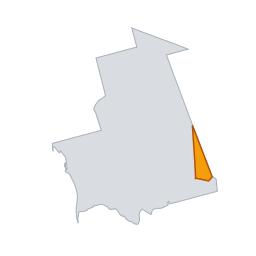 N'beiket Lehouach, Hodh ech Chargui, Mauritania shown in context, rotated 345°
{"feature_id": "47542326B78705057775708", "entity_name": "N'beiket Lehouach", "entity_type": "district", "adm_level": 2, "iso_a3": "MRT", "parent_name": "Mauritania", "parent_adm1": "Hodh ech Chargui", "projection": "natural_earth1", "projection_center": [-6.344, 18.2], "detail": "fine", "context": "in_parent", "style": "filled", "palette": "amber", "viewbox_px": 256, "rotation_deg": 345, "n_neighbors": 0, "source": "geoboundaries", "source_scale": "gbopen_adm2", "svg_char_len": 3397}
<svg xmlns="http://www.w3.org/2000/svg" viewBox="0 0 256 256"><g transform="rotate(345 128 128)"><path d="M110.1,222.6L109.8,222.5L108.5,221.4L107.8,220.1L106.7,219.1L105.2,218.5L104.3,217.7L103.8,216.9L103.3,216.3L102.7,216.0L102.6,215.7L102.8,215.3L102.6,214.5L101.8,212.8L100.9,212.0L100.2,212.2L99.8,211.9L99.6,211.6L99.5,211.0L99.0,210.5L98.2,210.3L97.6,209.1L97.1,206.7L96.4,204.9L95.6,203.6L95.1,203.1L94.6,203.0L94.5,202.8L94.4,202.4L93.8,202.3L92.9,202.7L92.1,202.6L91.7,201.9L91.2,201.9L90.5,202.4L89.7,202.2L88.9,201.4L88.4,200.6L88.4,199.8L86.9,198.1L84.2,195.7L81.2,194.5L77.9,194.7L76.1,194.6L75.7,194.2L75.3,194.2L74.9,194.6L74.4,194.7L74.0,194.5L73.7,194.7L73.6,195.3L72.4,195.6L70.2,195.6L68.4,196.0L67.1,196.8L65.2,197.1L62.7,197.0L61.2,196.7L60.7,196.3L60.0,196.2L59.1,196.4L58.3,197.6L57.5,199.8L56.9,201.1L56.4,201.4L55.9,203.0L55.6,205.8L55.1,207.0L55.2,200.1L55.9,197.6L56.2,195.3L57.8,190.4L59.6,186.3L61.4,181.0L62.1,175.8L61.9,170.7L61.5,166.1L60.7,163.1L60.0,158.8L58.8,156.5L56.6,154.5L56.2,153.3L56.7,152.9L58.0,152.6L58.9,151.0L57.1,151.6L59.2,146.8L59.9,143.6L59.9,141.4L60.3,140.1L58.8,137.3L57.6,133.6L57.0,133.1L56.3,132.8L56.2,133.6L55.9,134.4L55.1,133.9L53.8,131.3L52.0,127.0L51.3,126.6L50.7,127.2L50.4,127.7L49.7,131.3L49.5,129.9L49.8,128.2L50.3,126.2L50.9,123.3L52.5,123.3L55.5,123.3L61.4,123.3L64.3,123.3L70.2,123.3L73.1,123.3L79.0,123.3L82.0,123.3L87.8,123.3L90.8,123.3L96.7,123.3L99.6,123.3L101.5,123.3L101.5,121.2L101.4,119.6L101.3,117.5L101.2,115.3L101.1,113.2L101.0,111.1L100.9,109.1L100.8,107.3L100.8,105.5L100.6,104.5L100.0,102.6L99.9,101.6L100.1,100.6L100.5,99.6L101.7,97.8L103.4,96.5L105.4,94.9L107.0,93.7L107.7,93.4L110.1,93.0L112.0,92.1L113.9,91.2L114.6,90.7L114.7,89.1L115.2,52.1L124.2,52.1L126.5,52.1L143.1,52.1L145.4,52.1L157.5,52.1L157.5,50.4L157.5,47.9L157.5,44.5L157.5,41.0L157.5,35.0L157.6,32.4L159.9,34.1L164.7,37.5L167.0,39.2L171.8,42.6L176.6,45.9L181.3,49.3L183.7,51.0L186.1,52.7L188.5,54.4L190.9,56.1L195.7,59.4L197.7,60.9L200.7,63.1L203.6,65.3L206.5,67.4L202.0,67.4L196.1,67.4L192.0,67.4L187.9,67.4L184.0,67.4L184.3,70.9L184.7,74.7L185.0,78.5L185.4,82.3L185.7,86.1L186.8,97.4L187.2,101.2L187.6,105.0L187.9,108.8L188.3,112.6L189.0,120.2L189.4,124.0L189.8,127.8L190.1,131.6L190.5,135.4L190.9,139.2L191.6,146.7L192.0,150.5L192.3,154.3L192.7,158.1L193.1,161.9L193.4,165.7L193.8,169.5L194.2,173.2L194.9,180.8L195.3,184.6L195.7,188.4L196.0,192.2L196.4,195.8L197.9,197.8L199.9,200.2L199.3,203.6L198.7,207.7L197.9,212.2L192.5,212.2L187.3,212.2L174.0,212.2L171.4,212.2L158.2,212.2L155.5,212.2L150.4,212.2L148.9,212.1L148.4,211.7L148.2,209.4L147.7,209.6L147.2,210.2L146.9,211.0L147.0,211.9L146.9,212.7L145.2,213.1L142.9,213.6L140.5,214.0L138.1,213.9L137.2,213.7L136.4,213.4L134.4,213.0L133.4,213.0L132.1,213.1L130.7,213.3L130.3,213.7L129.2,215.4L128.1,217.4L127.4,217.4L126.7,216.3L124.6,214.3L122.1,211.5L120.9,210.2L120.3,210.0L119.1,211.0L118.0,211.9L116.9,213.2L116.4,214.5L116.0,216.0L115.8,217.7L115.4,219.8L114.5,221.4L113.5,222.7L112.7,223.3L112.4,223.6L110.1,222.6ZM58.1,148.1L57.2,149.5L56.9,149.0L56.7,148.0L57.5,146.6L57.8,145.9L58.5,145.6L58.1,148.1Z" fill="#d9dde1" stroke="#a8b0b8" stroke-width="1"/><path d="M196.6,197.1L196.7,196.9L190.9,142.0L183.2,180.9L182.7,182.5L182.4,184.6L182.3,185.0L180.7,192.0L180.1,194.3L181.4,194.5L187.2,197.4L192.2,200.0L196.6,197.1Z" fill="#f59e0b" stroke="#b45309" stroke-width="1.5"/></g></svg>